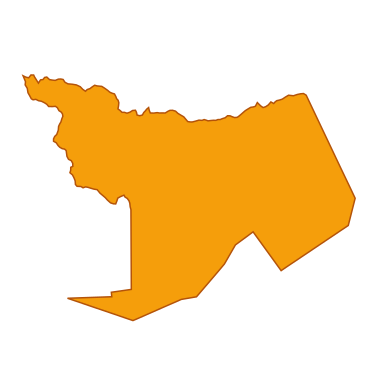 Santa Cruz dos Milagres, Piauí, Brazil, rotated 357°
{"feature_id": "56859067B5248351450289", "entity_name": "Santa Cruz dos Milagres", "entity_type": "district", "adm_level": 2, "iso_a3": "BRA", "parent_name": "Brazil", "parent_adm1": "Piauí", "projection": "albers", "projection_center": [-41.95, -5.915], "detail": "fine", "context": "isolated", "style": "filled", "palette": "amber", "viewbox_px": 384, "rotation_deg": 357, "n_neighbors": 0, "source": "geoboundaries", "source_scale": "gbopen_adm2", "svg_char_len": 2597}
<svg xmlns="http://www.w3.org/2000/svg" viewBox="0 0 384 384"><g transform="rotate(357 192 192)"><path d="M346.3,233.6L348.0,228.1L352.9,212.3L354.6,206.8L349.6,194.6L342.1,176.6L311.1,101.3L308.5,99.5L305.7,99.6L302.3,100.1L298.3,101.2L293.5,100.4L290.4,102.0L287.0,104.0L284.0,104.8L281.5,105.2L279.8,106.3L278.2,107.9L275.5,106.2L272.7,109.1L270.0,110.7L267.4,111.4L265.1,109.6L261.9,106.1L259.8,109.7L257.6,110.3L255.1,110.5L251.9,112.2L249.4,113.6L247.1,115.4L244.7,117.3L242.8,118.7L241.1,119.8L238.4,119.9L236.0,118.9L234.0,117.9L231.5,117.7L229.0,119.6L226.2,120.3L224.0,121.1L221.7,121.0L219.6,121.7L217.0,121.5L214.4,121.6L211.8,121.8L209.9,121.0L207.9,120.3L205.8,121.0L202.7,120.6L198.9,121.5L195.8,122.1L193.6,121.9L191.4,121.4L189.6,119.0L187.7,116.5L184.8,114.6L182.0,112.7L179.8,110.4L176.9,109.4L174.3,109.3L172.3,110.1L169.4,111.7L166.2,111.5L163.6,111.4L161.3,110.9L158.0,111.2L154.5,110.9L153.6,108.3L153.1,105.4L151.1,106.9L149.6,108.6L148.0,110.1L146.5,112.5L143.9,113.1L141.2,112.3L140.7,109.5L139.8,107.4L136.9,107.5L134.3,109.0L131.2,109.9L128.7,108.9L126.3,108.8L124.7,107.1L122.4,105.1L123.1,102.3L123.6,99.0L123.0,96.5L121.6,94.9L120.9,92.6L119.7,90.0L117.2,89.1L115.1,88.0L113.0,86.0L110.1,83.7L107.4,81.8L102.8,81.1L100.4,80.3L97.7,81.9L95.5,83.4L92.7,84.2L90.9,85.8L88.3,83.8L85.9,81.0L82.1,79.0L78.0,78.1L73.8,77.5L70.9,75.8L69.2,72.9L66.9,72.3L64.4,72.3L61.3,73.4L58.7,73.0L55.6,72.3L53.0,69.6L50.8,69.9L49.1,71.9L46.6,72.1L44.3,75.2L42.0,71.0L40.8,68.9L40.0,66.9L37.3,66.7L34.9,69.4L32.1,68.6L29.4,67.1L31.5,73.1L31.0,76.3L32.9,79.8L33.4,84.3L34.9,87.3L36.4,90.5L38.1,91.6L40.9,91.3L43.5,92.8L46.4,93.5L49.4,95.2L51.6,96.8L53.3,99.1L57.0,99.4L60.1,99.3L61.9,100.7L63.4,103.8L65.6,105.4L66.7,107.2L67.0,109.6L65.8,112.2L64.8,115.1L63.4,117.2L62.2,119.5L61.7,123.3L59.9,127.5L57.8,129.3L56.5,131.7L56.4,134.1L59.0,135.7L60.7,138.6L62.3,140.4L64.6,141.9L67.0,142.5L68.5,144.0L68.7,146.5L69.0,149.9L70.4,152.9L73.1,154.4L74.4,157.2L74.3,160.2L72.2,161.0L72.0,163.9L71.1,166.4L73.5,168.6L74.9,171.7L75.9,174.7L76.0,178.4L77.5,180.3L81.4,180.7L83.4,182.1L86.0,181.3L88.4,181.9L91.6,183.1L94.2,184.0L97.4,184.7L100.1,188.4L102.8,190.9L105.1,193.1L107.1,195.6L110.1,198.6L113.0,199.7L115.2,199.9L116.4,197.3L117.6,194.2L120.3,192.9L123.9,191.6L124.8,193.5L127.0,195.0L128.6,197.5L129.3,199.9L129.5,203.6L130.1,206.4L126.3,286.1L106.2,287.9L106.4,292.4L62.1,291.6L126.3,317.3L129.9,316.0L156.8,305.8L175.7,298.7L191.0,296.9L213.8,272.9L220.6,265.6L232.6,247.1L250.9,235.0L276.9,275.2L281.8,272.2L346.3,233.6Z" fill="#f59e0b" stroke="#b45309" stroke-width="1.5"/></g></svg>